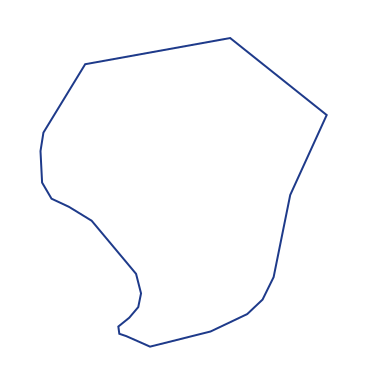 map outline of Vitanje (Albers equal-area conic projection), rotated 170°
{"feature_id": "SVN-1002", "entity_name": "Vitanje", "entity_type": "Municipality", "adm_level": 1, "iso_a3": "SVN", "parent_name": "Slovenia", "parent_adm1": "", "projection": "albers", "projection_center": [15.317, 46.408], "detail": "fine", "context": "isolated", "style": "outline", "palette": "blue", "viewbox_px": 384, "rotation_deg": 170, "n_neighbors": 0, "source": "natural_earth", "source_scale": "10m", "svg_char_len": 430}
<svg xmlns="http://www.w3.org/2000/svg" viewBox="0 0 384 384"><g transform="rotate(170 192 192)"><path d="M275.0,336.4L127.7,337.0L46.0,244.4L95.8,172.0L126.4,94.0L141.2,73.8L158.8,62.2L198.0,51.4L260.2,47.0L281.8,61.5L288.2,65.0L287.9,72.3L275.6,79.1L264.9,88.0L259.8,101.0L261.3,121.1L295.8,181.1L315.7,198.7L331.5,209.8L338.0,227.3L334.1,258.6L328.0,276.3L275.0,336.4Z" fill="none" stroke="#1e3a8a" stroke-width="2"/></g></svg>